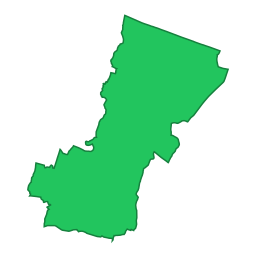 Bang Bo, Samut Prakan, Thailand
{"feature_id": "78962969B88692242384139", "entity_name": "Bang Bo", "entity_type": "district", "adm_level": 2, "iso_a3": "THA", "parent_name": "Thailand", "parent_adm1": "Samut Prakan", "projection": "albers", "projection_center": [100.852, 13.588], "detail": "fine", "context": "isolated", "style": "filled", "palette": "green", "viewbox_px": 256, "rotation_deg": 0, "n_neighbors": 0, "source": "geoboundaries", "source_scale": "gbopen_adm2", "svg_char_len": 5773}
<svg xmlns="http://www.w3.org/2000/svg" viewBox="0 0 256 256"><path d="M201.7,44.5L195.8,42.4L193.5,41.5L193.0,41.2L192.5,41.1L187.8,39.4L181.8,37.3L166.5,31.5L160.9,29.5L157.6,28.2L155.3,27.5L153.2,26.7L151.0,26.1L149.3,25.4L144.5,23.8L141.5,22.7L125.1,15.5L124.8,15.4L123.4,22.6L123.3,24.2L122.7,25.4L122.9,26.7L122.7,28.1L122.8,29.3L121.4,32.7L121.6,33.5L122.6,35.9L123.4,38.8L123.5,39.8L123.2,42.7L123.0,43.0L122.1,43.5L121.4,43.8L120.3,44.0L119.7,45.1L118.3,46.3L118.2,46.8L117.6,48.0L117.2,49.9L117.0,50.3L116.4,50.9L115.2,51.6L114.2,52.8L113.8,53.6L113.6,55.7L112.8,57.9L112.1,58.6L111.8,59.5L111.1,59.8L110.9,60.5L110.9,61.3L111.3,62.3L111.4,63.3L112.3,64.8L112.5,65.4L112.5,65.8L112.2,66.6L113.1,66.9L115.7,68.4L116.6,68.7L116.2,69.0L115.7,72.2L115.8,72.5L115.4,73.6L110.9,72.7L110.6,74.0L110.6,74.6L110.0,76.3L108.8,79.3L108.4,79.3L108.0,80.2L108.1,80.3L107.3,82.1L106.4,81.7L106.2,82.2L105.6,82.2L105.5,82.4L105.6,83.1L105.6,83.5L104.9,84.2L104.4,84.2L104.1,83.6L103.6,83.5L103.2,83.8L103.6,84.6L103.1,85.7L103.0,86.0L103.4,86.4L103.4,86.6L103.0,87.2L102.9,87.9L102.3,88.3L102.1,88.8L102.1,89.0L102.4,89.6L102.6,90.5L102.0,91.1L101.6,91.6L100.9,92.3L100.7,92.7L100.7,93.3L100.7,94.5L100.9,94.8L101.3,95.4L101.4,96.1L102.0,96.3L102.0,96.9L102.2,97.3L102.6,97.2L103.4,97.3L104.2,97.4L104.6,97.6L105.3,98.0L105.5,98.5L105.9,98.8L106.1,99.1L106.4,99.5L106.6,100.0L106.1,100.7L104.4,103.9L104.1,104.4L104.0,104.8L104.2,105.6L104.8,106.9L105.0,108.1L105.8,109.2L106.0,109.6L106.0,110.6L105.8,111.7L105.8,112.8L105.7,113.4L105.3,114.2L104.5,114.8L104.3,115.0L103.2,117.7L102.6,118.3L100.6,119.7L99.6,121.5L99.3,122.0L99.0,123.3L98.8,124.7L96.2,131.8L96.1,135.3L96.2,136.4L96.5,137.3L95.6,137.3L94.4,137.6L93.8,138.2L93.4,139.0L92.7,139.5L90.2,140.8L89.6,141.0L89.2,141.4L88.8,141.7L88.1,141.8L87.4,141.6L86.7,141.3L86.3,141.3L85.9,141.5L85.7,141.8L85.6,142.0L85.6,142.8L85.8,144.2L86.2,144.8L86.7,145.1L87.7,145.3L88.8,145.3L90.4,144.9L92.4,144.1L93.7,147.1L93.7,147.8L93.5,149.2L93.2,149.8L92.9,150.2L91.6,151.2L91.1,151.4L89.7,151.4L88.8,151.2L86.9,151.2L85.0,151.0L84.0,150.6L83.0,149.9L78.7,147.8L73.5,145.8L73.3,146.4L72.5,147.4L71.2,148.7L69.9,150.4L69.2,150.9L68.7,151.8L68.2,153.1L67.5,154.5L66.0,154.4L64.1,153.6L63.2,153.5L62.8,153.1L60.7,150.0L60.1,149.4L58.8,153.7L57.3,158.2L56.8,160.0L54.1,168.3L52.8,168.0L52.7,166.2L51.8,165.4L51.4,165.1L51.1,165.2L50.8,165.6L50.1,166.3L49.7,167.4L46.9,167.0L46.3,167.5L45.7,167.7L44.9,167.7L44.8,167.1L44.3,166.0L44.3,165.3L36.0,163.0L35.7,165.0L35.5,167.6L34.9,170.9L34.1,172.8L33.3,174.3L33.2,174.9L33.2,175.6L33.2,175.8L31.7,177.7L31.7,178.3L31.5,178.9L31.6,179.4L31.2,181.1L31.3,182.1L30.5,182.6L30.0,183.5L29.3,184.4L28.7,185.6L28.5,186.0L28.5,186.6L28.2,187.2L28.1,188.4L27.9,189.0L27.9,189.9L29.6,191.7L29.8,192.0L29.7,193.0L30.3,193.9L30.6,194.1L30.3,194.8L29.7,195.9L30.3,195.8L36.4,196.5L40.8,197.2L40.9,198.1L41.4,199.2L43.3,200.5L43.5,200.7L43.5,201.1L43.4,201.8L43.7,202.3L44.0,202.3L44.3,202.3L45.9,201.6L47.6,201.6L48.1,203.2L48.5,204.2L48.7,204.4L49.3,204.3L49.7,204.5L50.2,204.5L50.6,204.9L50.6,205.0L49.3,205.7L48.3,206.5L47.4,206.9L47.0,207.2L47.0,207.3L49.0,209.3L48.5,209.5L48.2,209.9L47.8,210.1L47.4,210.9L47.4,211.5L47.0,212.1L47.0,213.2L46.8,213.5L46.7,214.2L44.8,218.9L44.8,219.9L44.8,220.6L44.9,220.8L44.6,222.6L44.3,223.5L44.2,226.7L47.5,225.6L54.6,225.6L55.2,225.7L56.2,226.2L61.5,229.8L62.5,230.2L68.6,231.2L69.5,231.1L72.0,230.3L73.3,229.8L76.8,229.6L77.1,229.8L77.2,230.3L77.7,230.6L78.5,231.7L78.9,231.6L79.6,231.3L81.3,231.2L82.1,231.2L83.5,231.5L85.6,232.4L86.9,233.3L97.2,236.5L100.7,236.9L101.2,236.6L101.7,236.1L101.9,236.0L102.3,236.1L103.5,236.9L104.0,237.1L106.6,237.6L109.2,238.2L111.3,238.3L112.0,238.5L112.5,239.2L112.6,239.5L112.4,240.6L113.0,239.9L113.1,239.1L113.2,237.7L113.5,237.3L113.6,236.6L114.0,236.2L114.1,235.6L114.7,235.7L114.9,235.6L115.5,235.6L115.8,235.4L117.5,235.4L120.5,235.1L121.9,234.7L123.2,234.4L124.0,234.5L124.2,234.3L125.3,232.7L125.5,231.6L125.6,231.3L127.2,229.1L129.1,229.9L129.6,230.0L130.7,230.4L130.8,230.4L131.0,229.5L131.1,229.4L133.7,230.5L134.0,229.7L135.4,228.5L135.6,228.2L136.3,225.7L136.6,224.2L136.3,220.7L136.4,219.8L136.8,217.9L136.8,216.7L136.7,211.8L136.7,210.5L136.1,208.7L135.7,205.3L135.9,203.8L136.4,201.9L136.7,201.0L137.5,199.6L137.8,198.4L138.1,197.6L138.2,197.3L137.9,196.8L136.5,195.0L136.2,194.4L136.2,193.7L136.6,192.5L138.1,190.1L138.7,188.3L139.6,182.9L140.4,181.1L140.4,180.6L140.8,179.3L141.5,177.2L142.3,175.2L143.0,172.6L143.1,171.0L143.4,170.0L143.5,169.2L143.6,168.7L144.0,168.3L145.0,167.8L146.3,166.7L148.1,165.2L148.3,164.8L149.6,161.3L150.2,159.9L150.5,159.5L150.8,159.3L151.3,159.1L153.0,159.0L153.4,158.8L153.7,158.5L153.9,158.1L154.0,157.4L153.5,154.6L153.5,153.2L153.7,152.6L154.2,151.8L154.7,152.1L161.4,157.6L165.9,160.8L168.2,162.6L168.6,162.0L169.5,159.8L170.1,158.8L170.6,157.7L171.8,156.1L172.2,154.8L172.4,154.3L173.2,153.3L174.0,152.6L175.2,151.2L175.9,149.1L176.4,148.5L177.7,147.5L178.1,147.1L179.1,145.2L179.3,144.4L179.2,143.3L178.6,141.3L178.3,139.8L178.1,139.3L177.6,138.5L176.7,137.7L174.6,136.6L172.9,135.6L172.1,135.3L171.1,135.3L171.2,132.6L171.2,132.0L170.8,130.1L170.8,128.7L171.2,125.3L171.3,123.5L172.7,122.9L174.2,122.7L175.3,122.8L176.8,123.2L177.4,123.3L178.0,123.2L178.5,123.0L180.9,121.7L182.1,120.9L183.2,120.7L184.6,120.7L185.9,121.1L187.3,121.8L187.7,121.8L190.8,117.7L193.4,115.6L193.8,115.2L201.8,104.5L204.2,101.5L207.9,97.2L209.0,96.0L215.8,89.3L223.0,82.5L223.7,81.7L224.0,81.2L225.2,78.1L228.1,69.3L223.0,68.4L218.5,66.9L218.3,66.8L218.2,66.6L217.7,65.0L216.9,61.0L216.8,59.6L216.8,58.5L217.3,56.0L217.3,55.4L217.2,54.8L218.1,54.4L218.5,54.0L219.2,52.9L220.0,50.9L209.6,47.1L205.4,45.7L203.2,44.9L201.7,44.5Z" fill="#22c55e" stroke="#15803d" stroke-width="1.5"/></svg>